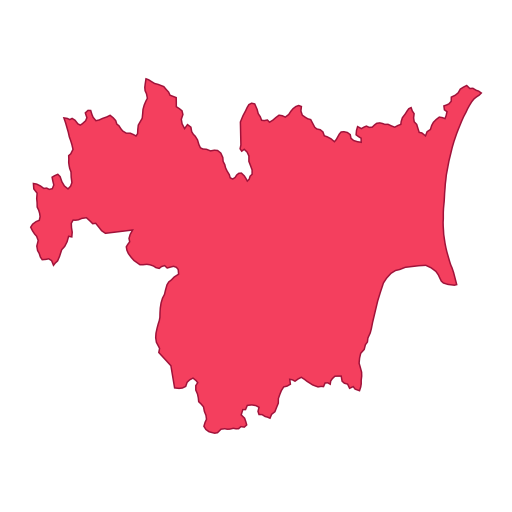 Valença, Bahia, Brazil
{"feature_id": "56859067B70637870066709", "entity_name": "Valença", "entity_type": "district", "adm_level": 2, "iso_a3": "BRA", "parent_name": "Brazil", "parent_adm1": "Bahia", "projection": "equal_earth", "projection_center": [-39.206, -13.363], "detail": "fine", "context": "isolated", "style": "filled", "palette": "rose", "viewbox_px": 512, "rotation_deg": 0, "n_neighbors": 0, "source": "geoboundaries", "source_scale": "gbopen_adm2", "svg_char_len": 6009}
<svg xmlns="http://www.w3.org/2000/svg" viewBox="0 0 512 512"><path d="M456.7,284.6L453.6,272.6L452.0,267.8L450.8,265.1L449.8,262.1L446.9,252.0L445.9,247.8L445.0,243.2L443.7,234.4L443.5,230.8L443.2,226.1L443.1,222.3L443.3,218.8L443.3,212.4L443.5,208.4L443.9,204.2L444.2,201.0L444.4,197.5L444.6,193.3L445.0,188.5L445.3,183.9L445.9,179.1L446.3,175.0L449.0,160.7L452.3,147.1L454.0,141.3L456.6,133.7L458.3,129.3L461.6,121.2L463.6,116.7L466.0,112.2L467.6,108.7L469.5,105.3L471.8,101.6L474.1,98.8L476.6,96.8L479.1,95.2L481.3,93.0L478.6,91.1L476.2,90.3L472.9,88.3L469.8,88.5L466.7,85.5L463.5,87.1L460.3,89.1L458.2,92.8L455.3,95.2L451.3,97.1L451.2,101.3L448.9,103.9L446.5,105.0L443.9,105.9L444.4,109.8L447.0,111.7L446.1,115.7L445.0,118.6L442.3,117.6L439.3,117.1L436.2,119.5L433.4,122.3L431.7,125.4L430.4,129.5L427.1,131.7L425.5,135.9L421.8,132.9L419.2,132.4L418.1,129.0L416.7,124.4L414.2,121.8L413.6,117.9L414.1,113.7L412.3,111.0L411.1,107.6L408.8,108.7L407.1,111.0L405.3,113.9L402.4,117.7L401.2,121.4L400.8,124.4L397.9,125.5L394.7,127.2L391.4,125.9L388.0,124.3L384.8,124.4L382.5,123.5L379.8,122.9L376.7,123.3L374.6,124.9L372.2,127.2L369.2,127.4L366.4,126.1L364.0,127.1L361.4,128.6L357.6,126.6L356.5,130.4L356.1,134.8L358.5,136.6L361.1,138.2L361.2,142.3L357.4,141.7L353.6,140.5L351.0,138.3L350.2,134.6L347.4,132.5L343.9,131.7L341.1,132.0L339.3,134.1L336.3,139.5L334.4,141.7L331.0,138.8L327.2,136.8L324.3,135.8L322.9,131.9L320.2,129.7L316.9,129.0L314.8,127.4L310.7,119.6L307.8,118.8L305.6,117.5L302.3,115.2L300.9,111.0L301.4,106.5L298.7,105.5L295.9,106.5L293.1,108.6L290.9,111.2L288.7,114.5L285.3,117.1L282.2,115.7L279.0,115.2L275.8,117.6L272.8,120.2L269.5,122.2L267.4,120.0L264.2,120.6L261.6,120.3L260.3,116.8L258.2,113.6L257.1,109.4L254.7,103.9L251.6,103.2L248.9,104.6L247.2,107.4L245.6,110.8L243.0,115.7L240.4,122.0L240.9,145.0L240.1,148.8L241.7,151.2L244.2,149.3L247.1,152.1L248.9,156.0L248.9,161.4L250.4,165.3L252.1,169.9L252.1,174.3L250.1,176.2L249.2,179.2L247.3,181.1L245.9,178.4L244.3,175.9L241.4,173.1L238.8,173.3L236.7,175.0L235.1,177.5L232.7,179.0L230.2,177.8L229.3,174.7L227.0,170.9L225.5,167.7L224.8,164.7L223.1,161.4L222.8,157.5L220.8,153.1L217.6,150.5L214.4,150.2L210.5,150.9L206.5,149.3L202.9,149.0L200.4,147.8L198.9,144.6L197.5,139.9L195.2,136.2L193.3,134.3L191.7,131.7L190.9,127.2L187.5,124.6L184.6,128.6L182.1,123.9L181.3,119.3L182.9,114.5L182.0,110.8L179.4,108.7L176.3,106.7L176.3,102.3L176.2,97.6L170.0,95.2L168.6,92.1L166.2,89.5L163.8,86.6L158.1,84.4L154.6,83.5L151.0,81.3L148.7,79.8L146.0,78.8L145.2,84.0L144.8,87.4L145.1,90.7L146.5,93.8L147.4,98.3L145.9,101.1L144.2,105.1L143.0,109.4L142.7,113.4L142.2,118.3L139.9,122.3L138.3,125.1L137.8,129.5L137.6,133.7L136.0,136.0L133.5,134.6L130.3,133.2L126.3,133.2L122.7,131.0L120.9,128.8L118.9,125.7L116.8,124.1L115.7,120.6L113.2,117.8L110.1,115.3L106.9,116.9L102.6,118.4L99.1,120.0L95.9,120.7L93.1,117.3L91.9,114.4L90.7,110.5L88.0,110.4L85.3,112.9L86.9,117.7L85.6,120.8L82.4,123.7L80.3,125.1L77.9,123.9L75.0,120.2L72.1,118.4L69.8,119.6L67.2,118.4L63.9,117.9L65.6,122.9L68.3,132.3L69.3,136.8L70.7,140.7L71.9,144.6L73.0,149.4L70.7,153.9L68.7,155.6L68.8,159.2L68.7,162.4L69.1,165.5L69.7,168.5L71.0,171.9L71.2,177.2L71.9,182.6L70.6,186.2L68.0,188.9L64.4,186.0L61.9,181.8L60.1,176.6L57.8,174.3L54.6,175.7L52.1,177.2L52.7,180.4L53.8,185.0L52.3,188.7L49.2,189.4L46.7,188.1L43.8,188.4L40.5,186.0L36.7,184.1L33.4,183.5L33.8,188.9L37.1,193.2L36.7,198.5L37.1,202.8L37.2,207.1L38.7,210.2L39.6,213.2L40.1,216.6L39.3,220.3L36.1,221.6L32.6,224.2L30.7,227.2L32.5,230.8L34.6,234.0L36.6,236.2L38.2,240.5L36.8,246.1L37.6,250.6L39.2,253.4L40.4,257.1L42.2,259.7L45.8,259.4L48.7,258.8L51.6,260.6L53.5,265.3L55.2,263.1L57.6,260.9L59.5,256.5L61.7,249.7L64.7,246.4L67.1,241.7L68.6,236.3L71.8,236.9L72.2,232.2L71.5,227.6L71.3,223.3L73.1,220.1L75.6,220.2L78.4,219.8L81.8,218.4L86.4,217.7L89.6,220.6L92.7,223.7L95.7,223.3L98.8,227.1L101.6,230.7L105.4,233.3L132.6,230.0L130.2,234.4L129.0,238.4L129.7,241.8L127.9,244.2L126.3,246.8L126.9,250.2L128.4,253.6L131.3,257.5L134.0,260.5L139.9,264.7L143.2,264.7L146.8,264.3L150.1,264.8L153.5,266.0L155.9,267.6L159.2,268.4L161.4,266.6L164.6,265.6L167.2,268.0L170.0,267.2L173.5,266.3L176.4,267.3L178.2,269.5L178.6,274.2L174.2,277.0L171.3,280.0L168.8,281.9L167.0,284.8L165.5,290.1L164.5,294.4L162.5,298.2L161.1,302.9L160.3,308.0L160.0,312.9L159.9,317.4L159.3,320.6L158.2,324.0L157.1,328.1L156.0,333.2L155.7,337.7L156.4,342.3L158.3,345.9L159.6,348.4L158.8,352.5L170.9,365.7L174.6,387.9L179.1,388.4L182.4,388.0L185.7,386.4L187.1,382.3L189.7,379.8L193.0,378.1L196.0,380.5L197.7,382.7L195.8,385.6L195.8,390.1L197.5,394.0L198.3,397.8L198.7,401.7L201.1,404.0L203.5,406.8L204.4,411.4L206.0,415.4L206.5,419.3L205.1,422.3L203.9,426.3L205.9,429.5L208.9,431.7L211.8,432.5L214.7,433.2L217.5,432.7L221.0,429.2L224.8,428.7L227.2,429.2L229.8,429.1L233.3,428.3L236.1,428.8L238.6,428.7L240.9,426.6L244.3,427.1L246.7,424.9L245.8,421.7L244.6,418.2L241.2,414.9L242.8,409.6L245.5,409.6L247.3,405.4L251.8,404.9L255.9,405.6L259.0,407.3L258.0,411.4L259.0,414.5L262.1,414.6L265.1,416.5L267.4,417.1L270.0,418.2L271.6,414.3L274.9,411.7L276.7,407.1L278.3,403.2L278.4,398.5L279.9,394.2L281.4,390.5L283.7,386.9L287.1,386.1L290.4,384.2L289.7,379.3L292.4,379.8L295.0,381.2L298.2,378.9L301.3,377.3L304.7,379.5L307.1,381.4L309.5,382.9L312.6,384.9L315.2,385.9L318.0,386.9L321.1,386.4L323.5,386.6L325.1,383.0L327.8,382.8L330.2,384.2L330.7,381.0L332.4,378.6L334.9,376.2L337.7,376.1L341.2,376.1L342.1,381.2L344.3,383.2L347.6,384.1L349.6,388.3L353.2,386.6L355.1,389.1L359.5,390.7L360.7,387.0L361.2,383.9L361.2,380.3L361.7,376.1L361.6,372.2L360.3,367.4L359.1,363.2L359.6,357.9L360.7,353.3L364.2,349.4L365.4,344.7L367.4,342.0L367.9,338.0L370.2,333.0L371.3,328.9L372.6,322.3L374.7,313.5L377.7,300.9L380.4,292.1L382.0,287.3L383.4,283.0L386.6,278.1L391.0,273.3L395.5,270.5L399.7,269.5L405.3,267.3L418.9,265.7L425.8,265.3L431.1,267.8L435.9,271.4L438.3,274.8L439.7,277.8L441.3,281.1L443.4,283.0L447.9,284.4L454.4,285.2L456.7,284.6Z" fill="#f43f5e" stroke="#9f1239" stroke-width="1.5"/></svg>